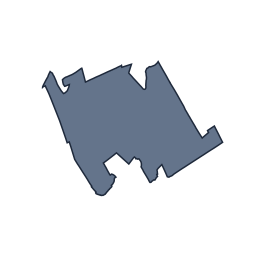 Tamadau Mare, Calarasi, Romania (Natural Earth projection), rotated 289°
{"feature_id": "2599482B39728516719627", "entity_name": "Tamadau Mare", "entity_type": "district", "adm_level": 2, "iso_a3": "ROU", "parent_name": "Romania", "parent_adm1": "Calarasi", "projection": "natural_earth1", "projection_center": [26.573, 44.474], "detail": "fine", "context": "isolated", "style": "filled", "palette": "slate", "viewbox_px": 256, "rotation_deg": 289, "n_neighbors": 0, "source": "geoboundaries", "source_scale": "gbopen_adm2", "svg_char_len": 5198}
<svg xmlns="http://www.w3.org/2000/svg" viewBox="0 0 256 256"><g transform="rotate(289 128 128)"><path d="M153.3,50.8L153.2,50.8L152.8,50.5L152.6,50.4L152.4,50.3L152.1,50.4L149.7,51.7L148.5,52.5L148.3,52.6L147.1,54.2L146.8,54.5L146.9,54.8L147.5,55.5L150.0,58.4L149.4,58.5L147.8,58.7L143.7,58.5L143.2,58.3L142.8,58.2L140.7,57.0L140.0,56.3L139.8,56.1L139.6,55.9L139.7,55.6L140.6,54.1L141.3,52.9L142.1,51.9L143.0,50.8L145.2,48.1L146.5,46.7L147.9,45.6L149.1,44.6L152.6,41.4L153.4,40.5L153.9,39.8L155.1,38.8L155.4,38.1L155.6,37.0L156.0,36.0L153.0,35.6L151.5,35.5L150.9,35.6L150.0,35.5L149.2,35.3L147.4,35.0L146.5,34.8L142.9,34.3L140.9,34.0L139.0,33.9L138.7,34.0L138.9,34.1L139.4,34.4L139.6,34.7L140.1,35.2L140.9,36.1L139.9,37.0L136.6,40.2L134.4,42.3L129.8,46.3L112.5,61.1L104.7,67.2L97.9,72.5L94.6,75.0L94.2,75.3L95.7,77.0L91.6,80.1L81.0,87.8L80.0,89.0L77.6,91.9L76.1,93.9L71.3,99.9L67.7,104.5L67.0,105.3L66.1,106.5L65.9,106.7L65.1,107.6L64.8,108.0L64.3,108.5L64.1,108.9L63.8,109.2L63.2,109.9L62.9,110.3L61.9,111.6L61.7,112.1L61.1,112.7L60.5,112.5L60.0,113.4L59.1,114.9L57.9,117.0L57.4,118.0L57.0,118.7L56.2,118.5L55.8,118.9L55.7,119.1L55.5,119.3L55.5,119.6L55.5,119.8L55.5,120.1L55.4,120.2L55.4,120.3L55.4,120.6L55.4,121.0L55.4,121.3L55.4,121.6L55.5,121.9L55.5,122.2L55.4,122.6L55.4,122.8L55.4,123.0L55.5,123.2L55.5,123.3L55.7,123.5L55.7,123.9L55.5,124.1L55.5,124.6L55.6,124.9L55.7,125.1L55.8,125.2L55.9,125.5L56.0,125.6L56.2,126.1L56.2,126.3L56.5,126.6L56.8,126.9L57.1,127.1L57.3,127.3L57.6,127.6L57.8,127.8L58.0,127.9L58.2,128.1L58.3,128.1L58.5,128.0L58.8,128.2L59.2,128.4L59.3,128.4L59.4,128.5L59.5,128.5L59.8,128.6L60.0,128.6L60.3,128.8L60.6,128.9L60.8,128.9L61.1,129.0L61.3,129.2L61.5,129.3L61.8,129.4L62.0,129.5L62.5,129.6L62.9,129.7L63.0,129.7L63.1,129.8L63.3,130.0L63.6,130.1L63.8,130.3L64.0,130.4L64.3,130.3L64.5,130.4L64.9,130.6L65.0,130.7L65.2,130.8L65.6,130.9L65.9,131.2L66.4,131.4L66.9,131.6L67.2,131.7L67.7,131.7L67.9,131.6L68.4,130.9L70.1,131.8L72.4,132.2L73.0,132.2L73.7,132.1L74.8,131.8L75.6,131.6L76.1,131.6L76.3,131.6L76.6,131.8L77.2,132.3L77.6,132.6L78.3,131.3L78.5,131.1L78.6,130.7L78.8,130.2L78.9,129.6L79.1,128.9L79.1,128.3L79.1,128.0L79.1,127.5L78.9,127.3L78.6,127.1L78.1,126.9L77.8,126.7L77.7,126.5L78.1,125.8L81.6,121.9L82.7,120.8L83.8,119.6L84.5,118.7L85.1,118.1L85.6,117.6L85.8,117.3L86.9,116.1L89.6,118.0L94.3,121.1L100.7,125.2L94.2,140.5L96.3,141.2L101.0,142.7L101.6,142.9L102.2,143.2L102.7,143.6L102.4,144.1L102.3,144.4L101.8,145.1L101.5,145.5L101.8,145.6L101.9,146.0L101.8,146.6L101.7,146.9L101.7,147.1L101.7,147.3L102.1,147.8L102.4,148.3L101.0,150.4L100.5,151.0L99.8,151.6L99.3,151.9L98.6,152.3L97.1,152.8L96.3,153.0L95.5,153.0L93.8,155.0L93.0,155.9L92.3,156.5L91.1,157.9L90.6,158.5L89.7,159.6L88.7,160.8L88.1,161.5L86.9,162.9L86.5,163.4L83.9,166.1L83.8,166.4L83.7,166.6L83.9,167.0L84.4,167.6L85.1,167.7L86.3,168.6L86.8,168.8L87.3,169.3L87.5,169.5L87.6,169.8L87.5,170.3L87.9,170.5L89.1,170.7L89.9,170.9L90.2,170.9L90.9,171.2L91.8,171.7L92.4,171.1L93.5,170.3L93.9,170.9L94.0,171.0L94.6,170.7L95.2,170.4L95.7,170.1L95.8,170.1L96.3,169.9L96.7,169.7L97.0,169.5L97.3,169.3L97.8,169.1L98.3,169.2L98.9,169.4L99.6,169.6L101.3,170.4L104.4,171.9L103.5,172.8L100.9,175.3L97.3,178.7L94.7,181.0L94.7,181.6L94.8,181.7L94.8,182.0L94.8,182.5L94.9,182.8L95.1,182.9L95.8,183.4L95.9,183.6L97.1,185.0L97.7,185.4L98.5,185.9L99.2,186.3L99.4,186.4L107.0,192.2L109.6,194.3L112.2,196.3L117.9,200.8L132.5,212.2L139.3,217.6L141.4,219.2L144.7,221.7L145.3,222.1L145.7,221.6L145.9,221.4L146.6,220.7L150.0,217.2L150.7,216.5L151.0,216.2L151.7,215.5L156.0,211.0L158.0,209.0L151.5,204.0L149.9,205.6L142.7,201.4L146.4,196.7L146.9,196.1L147.9,194.9L150.2,192.1L151.1,191.2L157.2,184.0L158.3,182.8L159.1,181.8L160.0,180.7L160.7,180.0L161.7,178.8L162.7,177.7L163.7,176.4L165.2,175.0L166.8,173.5L169.4,170.5L173.4,166.0L175.1,164.1L179.0,159.6L181.8,156.2L184.7,152.7L184.8,152.8L185.1,152.4L186.8,150.4L189.3,147.7L191.5,145.2L194.8,141.4L196.6,139.4L197.8,138.0L200.6,134.9L199.4,134.6L198.3,134.1L197.0,133.4L196.3,133.0L195.9,132.7L194.4,130.9L193.6,130.0L193.4,129.7L193.2,129.5L193.2,129.3L193.2,128.9L193.1,128.7L192.9,128.2L192.7,128.1L192.3,127.8L192.0,127.6L191.0,127.1L190.8,126.7L190.6,126.5L190.2,126.4L189.0,126.3L187.7,126.2L186.8,126.3L186.1,126.9L185.5,127.3L184.7,127.6L183.2,128.3L182.7,128.6L182.1,128.9L181.6,129.1L180.9,129.3L180.6,129.4L179.9,129.6L179.1,129.6L177.2,130.1L175.4,130.6L174.0,131.0L173.1,131.4L172.0,131.8L171.3,131.8L170.6,131.7L170.0,131.2L169.8,130.5L169.8,129.9L169.8,129.7L171.6,126.6L172.3,125.2L172.7,124.5L173.3,123.4L173.6,122.8L174.6,121.0L176.1,118.2L176.7,117.0L177.6,115.5L178.5,113.9L179.2,112.6L179.9,111.3L180.1,110.9L180.4,110.8L181.8,110.7L185.0,110.6L189.4,110.5L189.0,109.9L184.9,104.4L183.4,102.4L185.0,101.5L184.8,101.4L184.1,100.6L183.3,99.7L181.6,98.0L180.8,97.3L179.9,96.3L176.7,92.9L174.5,90.5L170.9,86.8L170.2,86.0L168.3,84.1L167.6,83.3L165.5,81.0L163.5,79.0L161.1,76.4L158.4,73.7L157.8,73.1L157.6,72.8L161.1,70.5L165.7,67.4L169.5,64.9L169.4,64.6L168.0,63.6L163.7,60.6L161.3,58.6L160.0,57.4L158.6,55.8L156.6,53.7L156.1,53.0L155.6,52.4L155.2,52.1L154.2,51.3L153.8,51.1L153.3,50.8Z" fill="#64748b" stroke="#1e293b" stroke-width="1.5"/></g></svg>